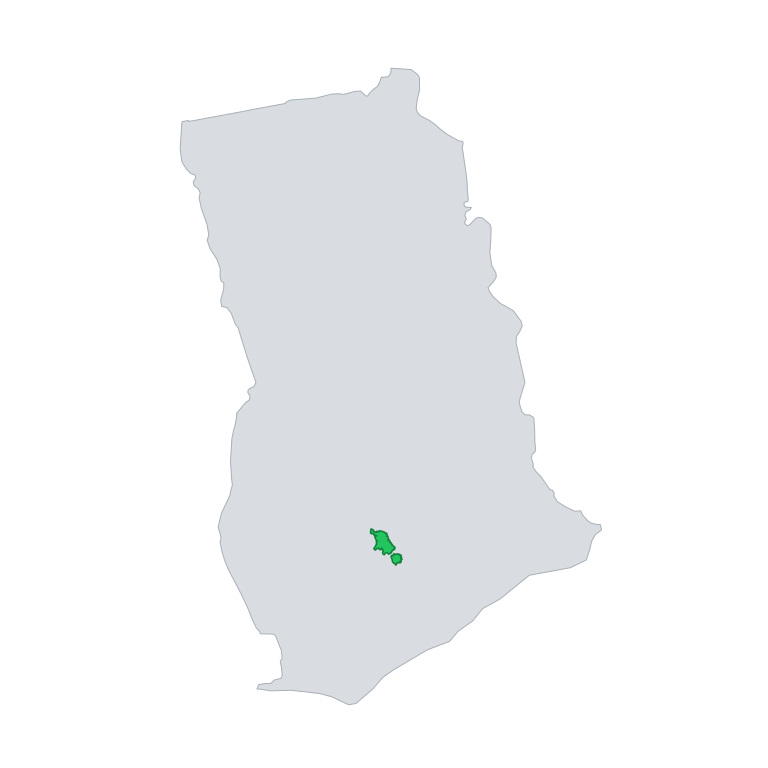 location of Bosome Freho, Ashanti, Ghana, rotated 350°
{"feature_id": "2480657B30283206314404", "entity_name": "Bosome Freho", "entity_type": "district", "adm_level": 2, "iso_a3": "GHA", "parent_name": "Ghana", "parent_adm1": "Ashanti", "projection": "robinson", "projection_center": [-1.315, 6.307], "detail": "fine", "context": "in_parent", "style": "filled", "palette": "green", "viewbox_px": 768, "rotation_deg": 350, "n_neighbors": 0, "source": "geoboundaries", "source_scale": "gbopen_adm2", "svg_char_len": 7775}
<svg xmlns="http://www.w3.org/2000/svg" viewBox="0 0 768 768"><g transform="rotate(350 384 384)"><path d="M465.4,79.1L470.9,85.0L472.1,88.3L470.1,100.8L466.1,109.6L463.6,117.9L464.0,122.0L466.4,126.1L474.7,132.5L478.9,136.7L483.9,143.1L489.7,149.3L499.6,157.4L503.7,158.8L503.6,161.1L502.2,164.2L501.3,194.3L500.6,202.1L499.9,206.0L499.0,217.3L497.9,218.9L496.1,218.8L494.4,219.2L493.9,221.5L494.6,223.8L500.6,225.4L499.3,227.1L494.9,228.6L492.8,232.0L493.7,235.9L491.3,239.0L492.0,241.1L493.6,242.6L496.1,242.0L503.0,236.9L505.9,236.3L509.5,237.4L516.2,245.3L516.5,249.2L513.8,262.4L511.1,272.7L510.7,286.3L513.5,294.0L513.1,298.2L510.1,301.8L503.2,307.1L503.7,310.7L506.9,317.4L512.6,324.9L524.0,334.2L530.0,346.2L530.1,351.1L526.6,356.1L522.6,360.3L521.2,366.5L523.1,406.9L514.2,424.4L514.1,429.4L515.0,435.2L517.4,438.8L521.9,439.7L525.7,443.1L524.4,455.4L522.4,468.0L522.1,474.0L521.0,476.9L517.5,479.3L516.2,483.2L517.1,488.1L516.4,491.8L518.3,496.4L522.4,502.3L529.0,516.8L531.5,517.9L532.6,520.9L531.9,523.9L534.5,530.3L541.8,536.7L549.4,542.3L555.7,543.1L557.1,548.1L561.2,554.5L564.2,557.3L568.9,559.1L572.7,560.1L572.9,565.4L566.0,569.1L561.3,574.7L557.7,583.1L552.7,592.4L535.6,597.3L529.0,597.3L493.8,597.6L460.9,615.9L442.0,622.4L430.3,632.7L414.6,640.0L403.7,648.9L380.9,653.2L343.6,667.2L331.9,672.7L320.1,682.4L300.9,693.8L293.4,693.7L278.3,683.0L267.0,677.7L239.4,669.5L218.7,666.4L208.7,662.9L206.0,662.3L208.3,658.4L214.1,658.2L220.1,659.3L224.7,656.4L231.5,656.0L233.2,653.0L233.8,645.3L233.7,639.1L236.1,636.3L236.7,629.0L233.4,612.8L231.0,610.9L219.0,608.6L218.1,605.4L215.9,602.0L213.6,593.7L211.0,581.2L206.8,565.8L198.7,540.4L196.7,531.4L195.4,522.3L195.1,511.3L196.8,507.3L196.5,501.6L195.8,496.0L201.5,483.0L212.7,467.2L215.0,461.5L217.1,457.5L217.4,451.8L219.4,433.4L224.8,411.1L228.2,402.6L230.4,398.1L233.2,390.6L233.9,387.2L244.2,378.4L248.9,376.1L250.0,372.6L248.4,368.9L249.1,366.3L251.5,365.0L255.3,364.0L258.1,360.4L253.8,332.9L250.3,305.5L250.1,303.1L248.0,299.3L245.9,288.0L242.5,281.4L237.6,279.5L237.7,273.2L242.6,262.7L243.8,256.5L241.5,254.6L241.2,249.8L242.8,242.1L242.0,237.3L241.1,232.2L236.1,220.2L234.8,211.7L237.4,206.7L237.4,195.8L234.6,179.0L234.2,168.4L236.1,164.0L235.2,159.8L231.5,155.8L231.2,152.0L234.4,148.2L234.0,145.2L230.1,143.1L226.6,137.9L223.5,129.8L224.2,116.6L230.0,92.5L230.8,90.5L237.4,90.6L237.4,91.6L258.0,91.4L281.6,91.2L309.8,90.8L335.3,90.6L336.5,89.5L340.7,88.1L366.5,90.6L382.7,89.4L389.5,90.2L394.5,91.8L405.7,90.8L411.7,91.4L416.2,97.4L418.0,97.4L420.5,94.8L424.9,91.9L429.5,89.6L432.7,84.9L434.7,81.3L437.6,82.0L441.9,81.8L444.7,78.8L445.8,74.2L465.4,79.1Z" fill="#d9dde1" stroke="#a8b0b8" stroke-width="1"/><path d="M361.4,534.7L361.1,534.6L360.8,534.6L361.0,534.5L360.9,534.3L360.7,534.3L360.8,534.2L360.9,534.3L360.8,534.1L360.9,533.5L360.5,533.0L360.8,532.7L360.8,532.3L360.9,532.2L360.7,531.8L360.7,531.6L360.5,531.4L360.4,531.5L360.0,531.3L359.9,531.5L359.9,531.4L359.7,531.5L359.7,531.3L359.4,531.1L359.2,530.9L359.1,530.7L359.0,530.2L358.8,530.1L358.7,530.2L358.3,529.6L358.0,529.4L357.6,529.4L357.3,529.2L357.2,529.2L356.8,529.0L356.5,528.5L355.6,528.4L354.8,528.2L354.6,527.9L354.3,527.9L354.1,527.6L353.9,527.6L353.7,528.0L353.4,528.2L353.3,528.4L353.1,528.4L352.7,528.4L352.4,528.6L352.2,528.5L352.3,528.7L352.2,528.7L352.2,528.4L352.1,528.2L351.8,528.4L351.6,528.3L351.4,528.4L351.2,528.1L351.0,528.3L350.8,528.2L350.7,528.3L350.1,528.5L349.7,528.2L349.7,528.3L349.7,528.5L349.6,528.3L349.3,528.4L348.8,528.0L348.8,527.8L348.6,527.7L348.3,527.2L348.3,526.1L347.8,525.8L347.5,525.5L347.0,524.8L346.2,524.8L346.0,524.6L345.9,524.6L345.8,524.8L346.0,525.0L345.9,525.1L346.0,525.2L346.0,525.3L346.0,525.5L345.9,525.6L345.7,526.0L345.4,526.4L345.3,526.6L345.1,526.8L345.2,527.0L345.1,528.0L344.9,528.3L345.1,528.8L345.6,529.3L345.8,529.1L346.1,529.1L346.4,529.2L346.9,529.2L347.3,529.4L347.5,529.6L347.4,529.6L347.5,529.7L347.5,530.0L347.9,530.4L348.0,530.7L347.9,530.9L348.3,531.3L348.6,531.2L348.7,531.4L348.8,531.4L349.0,531.6L349.3,531.7L349.5,531.6L349.8,531.8L350.0,532.1L350.3,532.3L348.3,533.0L349.3,536.9L350.0,536.9L350.0,537.4L349.4,538.4L349.1,538.3L349.3,539.1L348.5,540.3L348.7,540.9L348.2,541.2L347.0,542.7L346.5,543.0L345.4,544.3L345.6,544.6L345.7,544.8L346.0,544.9L346.0,545.4L346.3,545.7L346.4,546.0L347.2,545.9L347.9,545.2L348.9,544.7L349.3,544.6L349.7,544.8L350.1,544.7L350.3,544.8L350.4,545.3L350.4,545.6L350.5,545.9L350.6,546.1L350.8,546.1L351.1,546.4L351.4,546.3L351.6,546.5L352.0,546.5L352.3,546.6L352.7,546.4L352.8,546.3L352.8,545.9L352.9,545.3L353.2,545.2L353.3,545.0L353.4,544.9L353.5,544.8L353.4,545.1L353.4,545.3L353.5,545.4L353.4,545.8L353.4,546.0L353.5,546.2L353.6,546.4L353.6,546.7L353.9,547.0L354.3,547.8L353.9,548.3L354.0,548.5L353.3,549.8L353.5,551.3L353.8,551.4L354.1,551.9L354.4,551.9L354.6,552.1L354.8,551.9L355.1,551.8L355.4,551.5L355.4,551.3L356.0,550.8L357.3,550.7L358.3,551.1L358.3,551.4L359.0,552.4L360.6,552.0L360.9,551.3L361.1,551.2L361.3,551.4L361.3,551.5L361.8,551.5L361.9,551.2L362.1,551.1L362.1,550.9L362.3,550.8L362.2,550.6L362.4,550.5L362.5,550.4L362.7,550.1L363.0,549.9L363.1,549.5L363.4,549.5L363.6,549.5L363.9,549.4L364.0,549.2L364.1,549.3L364.3,549.3L364.4,549.1L364.4,548.8L364.5,548.7L364.5,548.8L364.6,548.6L364.8,548.5L365.0,548.6L365.2,548.4L365.6,548.4L365.7,548.5L365.8,548.1L365.9,547.9L366.0,547.5L366.2,547.3L366.1,547.2L366.2,546.9L366.4,547.0L366.4,546.8L366.1,546.8L365.9,546.9L365.7,545.7L365.2,545.2L365.0,544.9L364.8,544.7L364.7,544.5L364.3,544.5L364.4,544.3L364.3,544.1L364.1,544.1L364.0,543.9L364.2,543.6L364.2,543.4L364.0,543.2L363.7,542.9L363.5,542.7L363.7,542.3L363.6,542.0L363.5,541.8L363.4,541.6L362.9,541.3L362.7,541.5L362.4,541.1L362.7,541.0L362.8,540.6L362.6,540.4L362.5,540.5L362.4,540.5L362.6,539.9L362.5,539.5L362.2,539.3L362.1,539.5L361.6,538.9L361.4,538.6L361.2,538.6L361.3,538.5L361.1,538.3L361.1,538.1L361.2,537.9L361.3,537.7L361.3,537.9L361.5,537.9L361.4,537.8L361.5,537.7L361.5,537.1L361.3,537.1L361.3,536.8L361.2,536.8L361.2,536.7L361.4,536.1L361.2,535.7L361.1,535.4L361.3,535.0L361.4,534.7ZM369.7,554.7L369.3,554.8L368.8,554.4L368.7,554.2L368.4,554.0L368.3,553.9L368.2,554.0L368.0,553.9L367.9,553.7L367.7,553.7L367.3,553.5L367.2,553.7L366.7,553.9L366.4,553.9L366.2,553.8L365.8,554.0L365.6,554.0L365.5,553.7L365.1,553.3L364.8,553.1L364.5,552.8L364.4,552.8L364.3,553.0L363.9,553.3L364.0,553.6L363.9,553.9L363.3,554.5L363.3,554.3L362.9,554.1L362.4,554.4L362.2,554.3L361.5,554.2L361.2,554.7L361.1,555.0L360.9,556.1L361.0,556.5L361.2,556.9L361.4,557.1L361.4,557.5L361.5,557.6L361.5,557.9L361.6,558.0L361.4,558.3L361.4,558.6L361.5,559.2L361.4,560.1L361.5,560.4L361.6,560.8L361.8,560.9L361.8,561.1L361.9,561.4L362.2,561.7L362.3,562.0L362.7,562.4L362.7,562.5L362.9,562.7L363.3,562.8L363.7,563.1L364.0,563.3L364.1,563.7L364.0,564.0L364.1,564.3L364.6,564.0L364.9,564.0L365.1,563.7L365.1,563.2L365.5,562.6L366.0,562.6L366.5,562.7L367.1,562.2L367.6,562.6L368.1,562.6L368.2,562.4L368.6,562.5L368.8,562.6L368.8,562.9L369.0,562.9L369.1,562.7L369.3,562.6L369.6,562.3L369.9,562.3L370.0,562.1L369.5,561.9L369.4,561.5L369.1,561.3L369.2,561.2L369.3,561.3L369.6,561.2L369.9,561.0L369.9,560.8L370.1,560.2L370.3,560.2L370.6,560.1L370.6,560.3L370.8,560.2L370.7,559.7L370.9,559.9L371.1,559.8L370.9,559.6L371.0,559.5L370.9,559.3L371.0,559.1L370.9,559.0L370.9,558.9L371.1,559.0L371.2,558.8L370.9,558.6L370.8,558.3L370.6,558.3L370.6,558.1L370.5,557.9L370.6,557.6L370.8,558.0L370.9,557.9L370.8,557.7L370.8,557.4L371.0,557.4L371.1,557.1L371.0,556.8L371.1,556.7L370.9,556.5L370.8,556.3L370.3,556.3L370.2,556.1L370.2,555.8L370.4,555.6L370.2,555.5L370.2,555.4L370.5,555.3L370.1,555.1L369.9,555.1L370.0,555.0L370.0,554.8L369.9,554.8L369.8,554.7L369.8,554.9L369.7,554.7Z" fill="#22c55e" stroke="#15803d" stroke-width="1.5"/></g></svg>